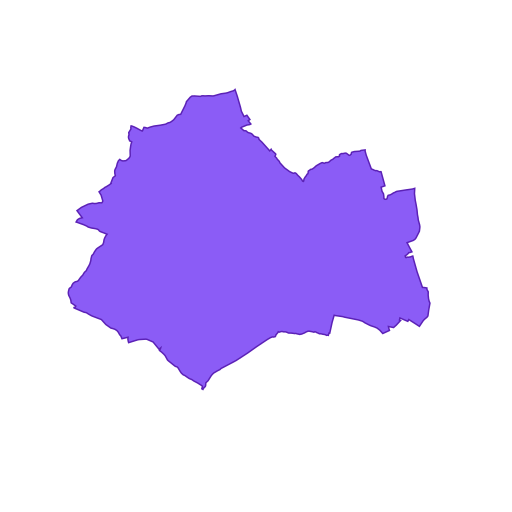 Botosana, Suceava, Romania (Albers equal-area conic projection), rotated 116°
{"feature_id": "2599482B9355615521199", "entity_name": "Botosana", "entity_type": "district", "adm_level": 2, "iso_a3": "ROU", "parent_name": "Romania", "parent_adm1": "Suceava", "projection": "albers", "projection_center": [25.936, 47.686], "detail": "fine", "context": "isolated", "style": "filled", "palette": "violet", "viewbox_px": 512, "rotation_deg": 116, "n_neighbors": 0, "source": "geoboundaries", "source_scale": "gbopen_adm2", "svg_char_len": 6123}
<svg xmlns="http://www.w3.org/2000/svg" viewBox="0 0 512 512"><g transform="rotate(116 256 256)"><path d="M379.1,401.6L380.0,396.0L381.0,396.0L382.0,396.8L382.3,397.5L382.4,396.0L381.9,385.9L381.3,383.7L381.6,381.2L381.8,378.0L381.8,377.0L380.9,367.1L383.4,360.9L384.4,354.8L384.0,352.9L383.7,350.8L384.0,348.3L384.9,346.3L386.6,343.9L386.9,342.9L387.4,342.1L389.1,340.2L385.1,335.4L386.9,334.7L388.6,333.5L389.7,332.5L383.3,325.7L382.4,324.5L379.2,318.9L378.7,317.6L378.4,310.8L382.3,302.3L380.4,301.4L381.1,301.3L382.1,301.3L382.8,301.5L383.2,301.4L383.8,298.6L384.7,295.7L385.4,294.0L388.3,289.9L388.8,288.1L390.5,280.5L390.5,279.7L390.3,278.6L390.4,277.7L390.8,276.9L393.0,273.5L394.0,271.7L394.7,269.3L394.6,267.6L395.0,265.2L395.4,262.3L395.2,259.5L395.6,257.0L395.7,252.9L396.2,248.5L396.5,247.1L397.4,246.7L398.3,246.7L399.1,246.5L399.2,245.2L398.0,245.2L395.6,244.4L394.8,244.4L391.9,245.5L389.1,244.4L383.4,243.8L381.6,243.4L379.7,242.7L375.9,240.2L374.0,238.7L372.4,238.1L358.7,228.1L346.9,221.0L337.0,215.6L326.2,209.3L322.9,207.1L321.4,205.6L321.2,204.8L320.1,203.4L319.1,203.3L318.1,203.5L315.4,202.8L314.3,202.8L314.3,201.8L312.8,200.2L312.2,198.8L312.1,198.0L311.2,196.2L311.0,194.7L311.0,193.1L309.7,190.2L308.7,187.1L308.4,186.8L308.2,186.3L308.0,185.6L308.0,184.9L307.7,184.1L307.3,182.2L306.5,181.4L306.3,180.9L305.8,180.4L305.5,180.2L304.0,178.8L302.1,177.5L300.8,176.3L300.3,175.4L299.4,172.2L299.1,170.6L298.9,170.3L298.2,169.9L298.1,169.1L298.2,167.7L298.1,167.0L298.1,165.0L297.9,164.3L297.5,163.9L297.0,161.5L296.6,160.4L296.3,159.0L296.4,158.4L296.4,157.8L295.7,156.9L295.6,156.2L293.2,156.6L293.0,155.9L282.3,158.5L275.0,159.8L274.8,158.8L272.5,151.6L272.1,149.4L268.6,136.0L268.0,132.1L268.0,130.8L268.3,129.1L268.4,123.7L268.3,121.9L267.8,118.3L267.7,115.5L268.0,114.2L268.4,112.2L270.1,108.1L264.4,103.4L262.7,105.0L261.3,106.1L260.0,101.0L256.6,99.6L250.6,97.8L250.7,99.0L248.6,99.5L248.2,90.9L246.1,90.8L247.1,82.2L247.6,78.3L241.0,77.4L239.2,76.9L236.1,75.5L234.5,75.2L228.8,77.1L222.1,79.0L220.8,80.5L218.9,82.1L215.7,84.1L212.7,85.5L211.2,87.6L210.5,88.2L209.9,88.3L210.0,89.1L210.7,91.3L211.3,92.6L199.5,104.4L189.3,113.5L187.3,115.0L187.5,115.4L188.5,116.2L189.2,116.9L189.7,117.7L190.2,118.2L190.5,119.1L191.1,120.1L191.7,120.4L191.6,121.0L190.5,122.0L188.9,121.1L187.3,120.4L186.0,120.2L185.6,119.4L183.9,117.7L181.0,121.8L177.8,126.1L173.2,121.6L171.6,120.6L170.7,120.3L169.5,120.1L164.4,120.0L162.1,120.0L158.9,121.1L157.9,121.5L156.4,122.5L152.4,126.0L150.5,127.2L148.1,129.0L144.0,131.5L139.4,134.8L136.1,137.3L130.5,140.9L125.6,143.0L127.2,144.7L130.5,149.6L136.2,157.8L137.0,158.5L138.1,159.2L139.0,160.1L141.2,161.4L142.4,162.4L143.5,163.8L144.7,163.9L146.2,163.5L147.3,163.4L148.1,164.1L148.5,165.1L148.3,166.2L146.4,167.2L144.2,168.7L142.6,171.1L139.3,173.7L136.4,170.9L125.6,180.4L125.4,180.6L125.5,180.9L126.2,181.9L126.2,182.2L126.3,184.8L126.9,185.9L127.1,187.9L127.0,188.7L127.1,189.7L127.2,190.5L117.1,201.1L113.9,203.9L112.8,204.4L114.8,207.5L115.3,208.1L116.3,208.7L119.0,213.4L120.8,215.4L121.3,215.5L122.9,215.1L124.1,215.7L124.5,216.0L124.7,216.5L124.1,219.5L124.1,220.3L124.7,221.3L125.2,222.0L125.9,222.7L126.2,223.7L126.7,224.3L128.2,225.3L128.8,225.3L129.2,224.8L129.7,224.7L130.7,225.4L131.2,226.6L132.1,227.9L132.9,228.2L134.4,229.0L135.3,229.3L137.0,230.6L139.5,231.6L140.4,232.3L141.4,234.2L142.8,235.3L142.9,237.0L143.0,237.3L143.5,237.9L144.9,239.0L148.5,241.4L151.3,242.5L153.3,243.6L154.4,245.1L155.3,245.3L156.1,245.9L156.7,246.2L157.3,246.1L157.8,245.8L159.3,245.4L160.0,245.9L162.2,246.1L163.4,246.4L165.7,246.6L167.8,246.0L168.3,246.2L168.3,247.0L167.3,248.3L165.8,251.8L165.2,253.8L164.3,255.8L164.1,256.9L164.3,257.6L165.2,258.5L165.4,259.4L165.4,262.8L164.3,269.0L161.7,275.5L160.7,276.6L160.4,277.5L159.5,279.7L159.0,280.3L158.2,282.6L157.9,282.6L157.0,282.7L156.1,282.7L155.6,283.1L153.9,288.8L153.5,289.2L155.5,289.7L151.1,300.5L149.9,304.4L148.9,305.2L148.5,306.1L149.0,307.9L149.2,310.5L148.4,312.3L148.0,313.6L148.1,315.2L148.4,316.5L148.5,317.7L147.9,319.6L148.1,320.5L148.7,322.0L148.3,323.0L147.6,325.8L146.5,325.3L142.3,321.6L140.6,319.2L139.6,318.5L137.9,322.3L136.0,321.3L133.5,325.9L135.9,327.9L132.3,332.6L129.1,335.2L120.8,342.7L115.6,347.8L116.3,348.0L117.6,348.9L119.2,350.7L121.7,353.1L122.9,354.6L125.5,358.5L130.6,364.2L131.1,365.0L132.7,368.8L134.5,372.0L135.2,373.8L135.8,374.9L136.9,375.9L139.1,381.4L140.3,383.7L142.1,384.7L147.7,386.2L149.2,385.9L152.0,385.7L161.7,385.8L162.8,387.5L164.0,388.5L169.7,389.7L172.1,390.9L173.6,391.8L174.9,393.4L177.1,395.0L180.5,399.5L183.9,404.6L186.4,407.5L188.7,409.7L189.1,412.1L189.5,413.1L193.4,412.9L193.6,413.4L193.6,415.0L193.4,419.3L193.4,422.1L193.6,424.6L193.8,425.3L195.3,424.9L196.1,424.4L196.8,424.1L198.0,424.2L200.8,424.5L202.7,423.3L203.7,423.2L205.0,422.8L206.4,421.8L207.1,420.8L207.9,420.1L207.8,418.3L207.9,417.7L210.0,417.4L211.9,416.9L216.2,415.5L221.0,413.0L221.7,412.8L223.2,412.9L225.1,413.6L227.2,414.6L227.6,415.1L228.9,417.3L229.1,418.2L229.2,419.2L228.9,420.8L230.7,421.4L233.4,421.3L237.0,420.5L240.0,420.6L241.5,420.3L243.8,419.0L245.5,417.6L248.3,418.9L254.1,418.4L254.3,418.0L256.6,419.2L259.3,420.9L260.6,421.9L262.2,422.6L264.3,424.0L266.8,425.0L267.1,425.2L269.2,421.9L273.7,417.8L274.9,417.7L275.8,417.9L277.0,420.5L278.6,422.3L279.6,424.0L280.3,426.2L283.0,429.6L288.8,434.2L293.7,436.8L297.8,428.9L299.5,431.0L300.7,431.8L301.8,432.4L304.3,432.6L303.4,424.5L303.3,421.1L303.5,420.2L303.5,419.3L303.0,416.3L301.7,411.9L301.4,410.1L301.5,409.1L302.2,407.6L302.3,406.6L301.9,402.4L301.8,400.3L301.7,399.4L303.6,399.8L306.2,399.9L308.0,399.7L310.6,398.9L313.0,398.7L318.1,401.7L319.5,402.4L320.9,402.7L323.0,403.0L325.9,403.1L327.4,403.7L327.9,403.7L330.8,403.1L332.4,402.5L335.8,401.9L337.8,401.9L341.8,402.2L343.5,402.1L345.8,403.0L347.2,403.2L349.0,403.3L351.8,404.2L354.0,404.6L355.9,404.9L357.0,405.4L358.5,407.2L359.7,407.9L360.7,408.4L362.7,408.6L364.3,408.4L365.2,408.6L366.6,409.4L367.3,409.6L369.0,409.3L370.9,408.8L372.2,408.1L373.4,407.1L375.7,404.2L377.1,402.9L379.1,401.6Z" fill="#8b5cf6" stroke="#5b21b6" stroke-width="1.5"/></g></svg>